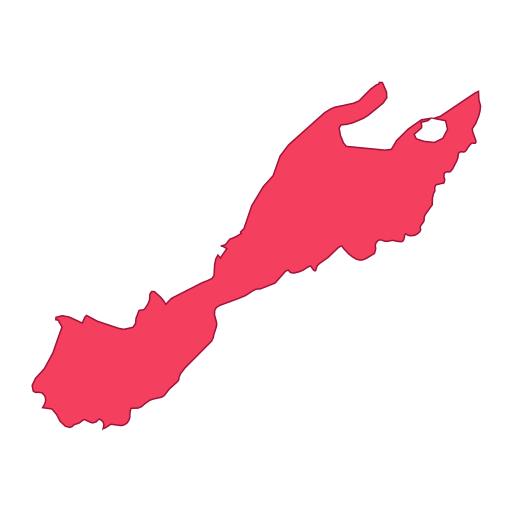 outline of Vlorë, rotated 92°
{"feature_id": "ALB-1504", "entity_name": "Vlorë", "entity_type": "County", "adm_level": 1, "iso_a3": "ALB", "parent_name": "Albania", "parent_adm1": "", "projection": "robinson", "projection_center": [19.787, 40.148], "detail": "fine", "context": "isolated", "style": "filled", "palette": "rose", "viewbox_px": 512, "rotation_deg": 92, "n_neighbors": 0, "source": "natural_earth", "source_scale": "10m", "svg_char_len": 3579}
<svg xmlns="http://www.w3.org/2000/svg" viewBox="0 0 512 512"><g transform="rotate(92 256 256)"><path d="M433.8,402.7L433.3,402.6L429.8,402.1L426.9,403.2L424.4,406.4L425.3,408.2L427.4,410.0L428.5,413.4L428.0,415.6L425.8,420.8L425.4,422.1L426.3,423.6L428.9,426.6L429.5,427.9L430.8,431.7L432.7,433.6L433.8,435.9L432.8,440.5L427.9,446.1L421.4,449.7L416.0,454.6L415.0,464.0L411.9,462.3L408.8,461.3L405.8,461.3L403.0,462.3L400.2,465.2L399.8,468.5L400.0,471.6L398.8,473.9L393.2,475.2L386.0,472.1L375.9,463.5L359.7,455.5L345.7,451.2L333.8,447.4L328.1,450.8L327.1,451.2L326.7,453.8L324.3,453.8L322.4,447.5L323.6,440.3L329.1,427.2L323.1,424.9L321.3,423.3L326.7,412.3L333.1,390.7L333.9,385.5L331.6,376.6L327.9,374.1L322.4,373.7L314.6,371.0L314.1,369.9L314.0,368.2L313.6,366.4L312.2,364.9L307.4,362.2L303.8,360.9L297.8,360.7L295.1,359.0L295.1,356.3L300.3,350.1L303.8,346.9L307.4,344.5L301.3,339.0L284.7,309.1L282.4,303.8L280.0,299.2L277.1,297.3L265.8,297.0L260.2,296.0L256.4,294.1L259.2,291.5L249.6,285.4L248.2,288.2L247.6,289.4L247.2,291.5L246.1,287.6L244.4,285.8L242.2,284.4L239.8,282.4L239.3,280.7L236.8,275.7L233.9,271.5L232.6,272.3L229.1,269.0L205.9,262.0L186.5,251.2L175.2,241.7L155.3,235.4L143.7,227.2L110.3,192.3L106.4,186.4L104.7,182.8L99.9,163.7L97.4,158.5L85.1,147.1L80.8,141.7L80.2,140.0L80.2,139.5L78.2,138.8L78.2,135.8L87.6,131.3L93.3,130.8L98.8,134.4L111.3,148.6L114.6,153.4L119.3,163.5L121.2,169.7L122.0,175.6L125.2,177.4L132.6,175.8L140.0,172.5L143.3,169.6L145.7,130.8L144.7,124.4L135.7,119.5L123.7,108.2L114.1,95.4L112.3,86.2L114.7,88.9L115.7,92.0L116.6,95.7L119.5,95.0L122.1,95.0L128.9,102.2L133.3,99.9L135.6,91.9L136.3,81.7L131.9,73.4L122.7,69.0L114.2,71.2L112.3,83.0L109.8,76.4L85.5,42.9L83.7,39.4L83.8,39.4L92.6,38.6L98.2,36.8L103.3,37.2L108.3,38.3L115.8,41.0L121.2,44.3L124.7,43.7L133.0,40.3L134.9,40.2L135.7,40.9L135.7,42.1L135.6,43.1L135.7,44.2L137.1,45.8L139.3,47.4L143.2,49.7L144.6,51.2L144.9,52.8L144.6,54.4L145.3,56.5L147.1,57.4L150.3,57.6L153.7,58.6L162.0,62.5L164.1,64.0L165.2,65.2L165.3,66.3L165.2,67.6L165.4,68.7L166.2,70.3L167.8,70.9L170.1,71.0L172.8,70.1L174.5,70.2L176.1,70.6L176.7,71.1L177.0,71.7L176.7,72.6L177.4,74.3L178.5,78.4L179.7,79.3L181.5,79.8L184.8,79.5L187.4,80.8L192.1,81.7L198.6,81.6L208.6,88.2L211.0,89.2L212.3,89.3L213.7,89.2L215.1,89.4L216.8,90.2L219.1,91.9L220.8,92.8L221.8,93.0L222.7,92.6L223.6,92.4L225.0,92.7L226.4,93.5L228.6,96.0L229.8,98.2L230.4,102.2L230.1,104.2L229.7,105.6L229.1,106.1L228.7,106.6L228.7,107.3L229.3,107.9L234.5,108.9L235.8,109.6L236.6,110.9L236.6,113.6L236.0,117.9L235.6,119.3L235.7,120.7L236.8,125.4L236.7,127.5L236.2,129.6L235.6,131.2L235.6,133.0L236.3,134.6L238.5,136.4L241.1,137.2L244.6,136.6L249.3,137.7L254.8,146.1L256.2,149.5L256.5,152.0L255.6,155.8L253.5,159.6L250.6,163.5L245.5,168.7L243.1,170.5L243.3,171.8L244.7,174.0L254.9,183.9L261.2,192.2L262.8,193.8L264.2,194.7L268.4,195.9L268.8,196.4L268.7,196.9L267.7,198.3L264.9,200.4L264.2,201.0L264.5,202.3L265.5,204.2L268.5,208.5L270.2,212.1L271.7,217.4L271.6,219.8L271.0,221.4L268.9,223.3L269.7,225.1L270.7,226.4L282.3,235.9L288.7,250.5L289.1,254.7L290.9,258.0L295.9,265.1L299.3,272.6L306.7,290.7L308.9,293.8L311.7,295.4L316.3,295.4L323.2,293.3L325.4,292.9L327.5,293.0L336.4,295.5L338.8,295.8L342.6,297.4L370.2,323.0L376.2,327.3L380.2,328.8L382.2,328.8L384.3,330.1L392.1,338.1L398.6,342.8L400.3,345.1L402.6,353.9L403.9,357.2L407.3,361.7L410.6,365.2L412.1,368.5L412.6,375.7L417.1,376.5L422.0,376.5L424.5,377.3L427.2,378.9L429.2,381.5L430.2,384.6L429.2,395.2L433.0,400.6L433.7,402.6L433.8,402.7Z" fill="#f43f5e" stroke="#9f1239" stroke-width="1.5"/></g></svg>